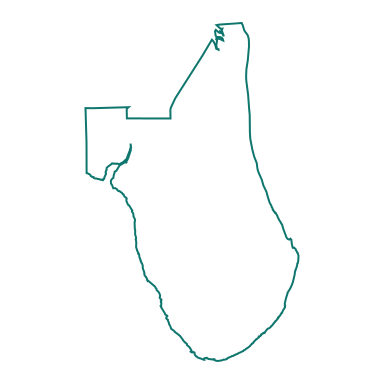 outline of Kusini, Zanzibar South and Central, United Republic of Tanzania
{"feature_id": "72390352B36829534131483", "entity_name": "Kusini", "entity_type": "district", "adm_level": 2, "iso_a3": "TZA", "parent_name": "United Republic of Tanzania", "parent_adm1": "Zanzibar South and Central", "projection": "orthographic", "projection_center": [39.51, -6.327], "detail": "fine", "context": "isolated", "style": "outline", "palette": "teal", "viewbox_px": 384, "rotation_deg": 0, "n_neighbors": 0, "source": "geoboundaries", "source_scale": "gbopen_adm2", "svg_char_len": 6016}
<svg xmlns="http://www.w3.org/2000/svg" viewBox="0 0 384 384"><path d="M219.2,24.6L216.6,25.1L220.2,28.4L221.4,28.9L222.4,28.7L222.2,29.3L221.4,29.5L223.6,35.4L223.7,36.3L221.6,32.0L220.2,31.4L220.4,32.9L219.0,32.6L215.8,29.9L215.0,31.2L215.6,35.4L216.4,37.0L219.3,37.0L221.6,37.6L222.8,39.0L223.2,40.6L221.1,39.6L220.3,39.0L216.4,38.5L216.2,39.4L217.1,40.0L216.3,45.6L216.7,47.3L216.6,48.1L217.4,48.7L218.6,49.3L218.6,49.8L216.2,48.7L215.4,45.4L214.1,42.5L213.0,40.8L211.9,39.7L202.4,55.7L175.3,98.2L171.1,107.1L170.4,109.4L170.5,118.5L126.9,118.4L126.7,109.2L127.3,108.3L128.6,107.2L92.8,108.2L85.5,108.1L86.5,141.9L86.6,173.1L87.4,173.2L88.5,173.9L89.4,174.1L90.6,175.4L90.8,176.0L91.5,176.5L92.0,176.6L92.3,177.0L92.7,177.2L93.5,177.1L93.5,177.6L94.2,178.2L95.1,178.5L96.2,178.4L98.0,179.1L98.9,179.0L100.7,179.8L101.5,179.8L102.1,179.5L102.3,180.1L103.0,180.2L104.4,178.2L104.3,177.5L106.0,173.8L106.0,173.2L105.6,172.6L105.6,172.2L106.1,170.5L106.4,170.4L106.6,169.8L106.6,168.2L106.9,167.6L108.0,166.6L111.6,164.0L111.7,163.7L112.2,163.3L113.9,163.8L114.2,163.6L115.9,163.6L116.2,163.9L117.5,163.6L118.7,164.2L119.3,164.2L123.3,162.0L125.2,160.1L125.8,159.8L126.7,158.7L129.2,151.9L129.6,151.2L130.1,149.0L130.8,147.8L130.6,146.7L130.8,145.7L130.4,143.6L130.9,145.5L130.8,146.3L131.1,147.8L130.6,149.0L130.3,149.3L130.2,149.7L130.4,150.4L130.7,150.4L130.5,151.1L129.8,153.2L128.3,157.8L127.0,160.7L126.2,161.5L126.1,161.9L126.4,162.4L126.2,162.6L125.1,162.2L120.1,165.1L119.2,166.0L116.3,170.9L114.7,171.6L114.3,173.7L113.7,175.2L113.4,177.9L112.4,178.5L111.0,180.4L110.9,181.7L111.0,183.6L112.0,184.9L113.3,188.3L115.1,188.1L117.2,189.4L117.5,190.3L118.4,191.0L119.6,191.1L120.6,192.1L121.9,192.7L122.6,194.0L123.6,194.4L123.7,195.4L124.6,196.5L125.3,197.2L126.3,197.8L126.7,198.8L126.4,199.1L126.4,201.0L127.8,204.3L128.2,204.9L128.8,205.1L130.1,207.0L131.0,208.6L132.3,210.4L132.0,210.8L132.0,211.7L133.1,213.2L133.5,215.2L133.4,216.2L134.8,219.0L135.0,219.9L134.9,221.6L134.6,222.0L134.8,228.9L135.1,229.7L135.2,231.0L135.1,234.2L135.9,237.0L136.1,238.6L135.7,239.3L136.0,240.2L136.1,241.8L136.3,242.3L136.1,247.2L137.0,249.8L137.0,250.4L137.6,251.4L137.9,252.3L138.3,252.7L138.2,253.6L138.6,253.6L138.8,253.9L139.2,255.0L139.4,257.2L139.8,258.1L140.0,258.4L140.0,258.7L140.2,259.5L140.8,260.2L140.7,261.4L141.4,262.3L141.4,262.8L141.9,263.2L142.6,265.1L142.8,266.4L142.7,267.5L143.1,269.3L144.2,271.9L144.4,273.1L144.2,273.5L144.5,273.9L144.6,275.5L146.0,276.9L146.1,277.4L146.9,278.4L147.0,279.6L147.4,280.6L147.6,280.9L147.9,280.5L155.1,286.7L155.7,288.0L156.5,288.9L156.6,290.0L158.7,292.1L159.6,293.9L160.1,295.6L160.0,296.6L159.8,296.9L159.7,297.7L159.9,298.2L161.4,299.6L161.5,300.0L160.8,300.9L161.2,301.9L160.9,302.2L161.2,302.8L161.3,303.9L161.1,305.3L161.2,306.1L160.7,306.2L161.4,307.7L164.7,313.0L165.2,314.4L167.3,315.8L167.2,316.4L166.6,316.6L166.2,318.1L166.4,318.6L166.7,318.8L167.0,319.2L167.9,319.8L167.8,320.3L169.0,323.1L169.1,324.2L170.2,325.9L171.2,328.8L174.1,330.9L174.8,331.8L174.8,332.0L176.6,333.2L180.1,336.0L183.0,339.9L182.9,340.1L184.3,341.7L184.9,342.2L185.0,342.5L185.9,343.0L187.0,344.1L186.9,344.8L187.1,345.2L189.2,346.9L189.3,347.2L190.2,348.1L190.2,348.5L191.3,350.0L191.4,350.3L190.6,351.6L191.3,352.2L192.1,352.5L192.8,351.9L193.7,352.2L194.5,352.6L194.6,353.4L194.5,354.0L195.5,355.7L196.1,356.4L196.6,356.4L197.5,357.3L198.5,357.9L201.4,358.7L202.2,359.2L203.4,359.5L203.9,359.8L204.4,359.8L204.2,359.1L203.9,358.8L204.1,358.5L205.0,358.1L206.9,357.8L207.3,358.5L207.6,358.4L208.7,359.0L212.8,359.5L213.0,359.5L213.1,359.2L213.8,359.1L214.3,359.3L214.1,359.6L214.2,359.9L215.6,360.6L217.8,361.0L222.0,360.3L223.7,359.6L224.1,359.7L225.6,359.5L227.0,358.9L227.1,358.5L228.2,357.8L230.7,356.8L231.7,356.2L233.5,355.8L234.3,355.1L235.6,354.7L236.0,354.3L237.4,354.0L237.9,353.5L239.5,352.7L240.4,352.4L242.8,351.1L243.2,351.1L244.3,350.0L245.5,349.5L246.0,348.9L247.9,347.7L249.9,346.1L251.7,343.9L252.0,343.9L252.4,343.4L252.6,343.4L253.0,342.9L253.3,342.8L253.5,342.3L253.1,342.5L253.9,341.8L254.1,341.4L255.8,339.9L255.8,339.7L256.2,339.4L256.4,339.1L256.9,339.0L258.3,337.7L258.6,337.2L258.8,337.2L258.8,336.5L260.3,336.1L260.6,335.7L261.0,335.3L261.0,334.8L261.1,334.5L261.7,334.4L262.2,333.7L263.3,333.4L264.2,332.8L264.6,332.9L264.7,332.7L264.4,332.5L264.9,332.3L264.9,332.2L267.5,328.9L268.3,328.5L269.0,328.3L270.7,327.0L271.2,326.1L271.6,326.0L272.8,324.6L273.1,324.1L273.4,323.8L273.5,323.5L273.8,323.4L274.1,323.0L274.9,321.7L275.5,321.5L275.6,321.3L275.4,321.2L275.6,321.0L276.5,320.3L277.1,319.3L277.4,319.1L277.6,318.6L278.0,318.4L277.9,318.1L278.1,317.4L278.9,317.1L279.2,316.3L279.9,315.8L281.2,313.5L281.5,313.5L281.7,313.3L281.8,312.7L282.1,312.5L283.5,309.5L284.4,308.4L284.6,307.6L285.0,307.2L285.0,306.3L284.8,305.6L285.1,305.2L284.8,304.5L284.8,303.3L285.3,301.5L285.6,299.7L287.8,292.3L289.4,289.9L290.7,287.5L292.0,284.6L292.9,282.0L294.5,275.3L294.8,273.5L294.9,272.1L295.1,271.8L295.2,271.1L295.4,270.6L295.3,270.3L295.7,269.7L296.5,267.5L297.2,265.0L297.2,263.9L297.5,263.5L297.4,263.4L298.0,262.3L298.3,260.1L298.5,256.2L298.4,255.2L297.6,252.8L297.2,252.6L297.0,252.3L297.0,252.0L295.8,249.8L295.6,249.0L294.1,247.9L294.1,247.7L293.8,247.6L293.0,247.9L292.7,247.7L291.9,244.4L291.3,239.7L290.4,238.7L289.2,239.6L288.7,239.4L287.9,239.1L286.9,238.1L286.4,237.2L283.5,229.5L282.4,226.0L282.4,225.3L282.0,224.4L281.3,223.7L280.8,222.4L279.0,219.8L278.5,218.5L277.9,217.5L277.1,215.3L276.2,214.1L275.8,213.0L274.9,212.8L274.6,211.7L274.0,211.5L273.5,210.8L273.3,210.0L272.8,209.8L272.5,208.1L271.8,207.3L271.2,205.4L270.0,203.4L269.3,201.6L267.6,196.2L266.5,191.9L263.5,185.7L261.7,179.5L259.0,173.5L257.9,170.6L257.3,167.9L256.8,163.3L254.2,156.6L252.3,149.4L250.3,138.9L249.9,132.4L249.7,114.7L249.1,108.5L248.1,94.7L246.3,80.7L246.1,76.8L246.4,69.3L247.8,60.2L249.0,46.3L248.9,41.3L248.7,38.7L247.9,35.8L247.2,34.4L245.1,31.7L244.2,30.2L242.7,25.1L242.0,23.9L241.7,23.0L219.2,24.6Z" fill="none" stroke="#0f766e" stroke-width="2"/></svg>